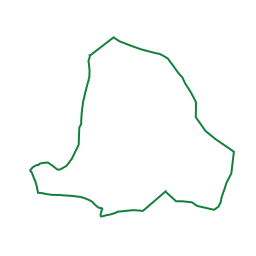 Hajjah City, Hajjah, Yemen, rotated 83°
{"feature_id": "15242507B42868066819458", "entity_name": "Hajjah City", "entity_type": "district", "adm_level": 2, "iso_a3": "YEM", "parent_name": "Yemen", "parent_adm1": "Hajjah", "projection": "natural_earth1", "projection_center": [43.605, 15.684], "detail": "fine", "context": "isolated", "style": "outline", "palette": "green", "viewbox_px": 256, "rotation_deg": 83, "n_neighbors": 0, "source": "geoboundaries", "source_scale": "gbopen_adm2", "svg_char_len": 4260}
<svg xmlns="http://www.w3.org/2000/svg" viewBox="0 0 256 256"><g transform="rotate(83 128 128)"><path d="M51.1,157.2L52.8,157.3L56.8,159.1L57.6,159.1L58.5,159.0L59.9,159.0L60.4,159.0L61.5,159.0L62.0,159.0L62.4,159.1L62.9,159.1L63.5,159.1L63.9,159.1L64.4,159.1L65.0,159.1L65.4,159.1L65.8,159.1L66.5,159.2L66.9,159.2L67.4,159.4L67.8,159.4L68.3,159.4L69.3,159.7L69.9,159.7L70.4,159.8L71.1,159.9L71.6,159.9L72.0,160.1L72.5,160.1L72.9,160.3L73.4,160.4L74.4,160.9L75.1,161.1L75.5,161.3L76.1,161.3L76.8,161.8L77.7,162.2L78.1,162.4L78.9,162.6L79.6,163.0L80.4,163.3L81.1,163.4L82.2,164.1L82.6,164.1L83.5,164.5L84.3,164.7L84.9,165.1L86.0,165.5L86.6,165.6L87.2,166.0L88.1,166.3L88.9,166.6L89.8,166.8L90.3,167.2L91.0,167.4L92.1,167.6L92.6,167.9L93.7,168.2L94.5,168.6L95.2,168.9L96.7,169.4L97.5,169.7L99.0,170.0L99.5,170.0L101.1,170.6L101.7,170.6L102.8,171.0L103.2,171.1L104.5,171.4L104.8,171.5L105.4,171.6L106.2,171.8L106.7,172.0L107.5,172.1L107.9,172.2L108.5,172.3L109.2,172.4L109.6,172.6L110.4,172.6L110.8,172.7L111.2,172.8L111.9,173.0L112.3,173.0L113.0,173.2L113.6,173.3L114.1,173.3L115.0,173.6L115.5,173.6L116.4,173.7L117.1,173.8L117.7,173.8L118.4,174.0L121.7,176.3L138.6,179.0L151.7,187.5L154.3,190.0L158.1,193.6L160.9,200.3L160.7,203.0L159.9,203.9L159.4,204.3L159.1,204.6L158.8,205.0L157.9,205.8L157.5,206.3L156.7,206.9L156.1,207.8L155.4,208.5L154.7,209.3L154.1,209.9L153.8,210.2L153.1,211.0L152.7,211.5L152.5,212.3L152.4,212.7L152.4,213.3L152.5,213.7L152.3,214.3L152.4,215.0L152.4,215.7L152.4,216.3L152.4,216.8L152.4,217.3L152.4,217.7L152.4,218.2L152.4,218.6L152.5,219.1L152.7,219.7L152.7,220.2L153.5,220.9L153.9,221.8L153.7,223.0L153.7,223.4L154.0,223.8L154.3,224.8L154.5,225.3L154.8,226.0L155.2,226.9L155.6,227.5L156.1,228.0L156.5,228.6L156.7,228.9L157.4,229.5L158.1,230.2L158.9,230.0L159.4,229.6L159.8,229.6L160.1,229.1L160.5,228.9L161.0,228.9L161.4,228.7L161.8,228.7L162.5,228.3L163.2,228.3L163.6,228.2L164.4,227.9L165.0,227.7L166.0,227.6L166.8,227.4L167.3,227.2L168.0,227.1L168.4,226.8L169.1,226.4L169.6,226.4L170.1,226.4L170.6,226.4L171.1,226.3L171.7,226.2L173.1,225.9L174.7,225.6L175.9,225.6L176.8,225.6L177.7,225.6L178.4,225.4L178.8,225.4L179.2,225.3L179.7,225.3L180.2,225.3L180.6,225.3L181.3,225.2L181.5,224.2L181.8,223.3L181.8,222.8L182.0,222.2L182.1,221.8L182.2,221.2L182.4,220.5L182.7,220.1L182.7,219.6L182.8,219.1L183.0,218.7L183.3,218.2L183.5,217.4L183.8,216.5L184.0,215.8L184.2,215.0L184.4,214.2L184.5,213.5L184.8,212.9L184.8,212.4L185.0,211.6L185.3,210.9L185.3,210.3L185.3,209.9L185.4,209.3L185.4,208.9L185.6,208.3L185.7,207.6L185.8,206.7L185.8,206.2L185.8,205.8L186.0,205.1L186.0,204.4L186.3,203.9L186.2,203.4L186.5,202.6L186.7,201.8L186.7,201.3L186.9,200.7L187.1,200.0L187.2,199.0L187.4,197.9L187.8,196.1L187.9,195.2L188.2,193.9L188.4,193.0L188.4,192.4L188.7,191.8L188.8,191.0L189.0,190.6L189.0,189.9L189.2,189.4L189.2,189.0L189.6,187.7L189.8,187.2L189.9,186.9L190.0,186.1L190.3,185.2L190.4,184.5L190.5,184.1L190.8,183.6L191.0,182.7L191.3,181.8L191.7,181.3L191.8,180.7L192.2,179.9L192.4,179.5L192.7,178.9L193.0,178.5L193.3,177.9L193.7,177.5L194.1,176.4L194.6,175.6L195.2,174.7L195.6,174.1L196.0,173.6L196.5,172.9L197.0,172.4L197.7,172.0L198.3,171.4L198.7,171.1L199.3,170.6L200.0,170.3L203.3,167.1L204.0,165.6L204.2,164.4L204.8,163.4L205.7,163.5L206.8,164.5L208.0,164.7L210.5,165.8L211.1,165.8L211.6,165.8L212.4,165.6L212.6,165.1L212.5,164.4L212.5,163.5L212.4,162.7L212.2,162.2L212.2,161.8L212.1,161.3L212.1,160.9L211.9,160.4L211.9,159.2L211.9,158.2L211.7,157.4L211.7,156.4L211.5,155.5L211.5,154.4L211.2,153.7L211.1,152.7L211.0,152.0L210.8,151.2L210.6,150.3L210.4,149.6L210.1,149.3L210.0,148.7L209.8,148.6L210.0,142.9L210.0,138.7L210.3,131.9L212.1,123.3L195.5,98.4L195.9,98.4L206.6,89.2L207.3,83.3L209.5,73.7L213.2,69.5L213.8,68.8L218.3,56.3L219.7,52.6L217.1,47.8L213.1,45.1L208.6,43.7L203.9,41.5L199.3,39.1L198.9,39.0L194.4,37.0L190.0,33.9L185.7,31.0L164.5,25.8L159.6,31.2L159.5,31.4L149.7,42.5L140.5,51.4L125.5,59.4L115.5,58.0L111.2,57.4L109.2,57.9L104.6,59.6L99.8,61.5L95.4,63.5L93.2,64.6L90.6,65.9L85.8,67.4L84.4,67.9L79.6,71.3L75.4,73.6L72.0,75.4L67.7,77.9L63.8,80.1L60.4,84.5L58.3,87.6L57.2,91.1L54.3,98.5L51.6,105.2L47.9,112.7L44.1,119.9L40.9,125.9L36.3,131.3L50.8,155.8L51.1,157.2Z" fill="none" stroke="#15803d" stroke-width="2"/></g></svg>